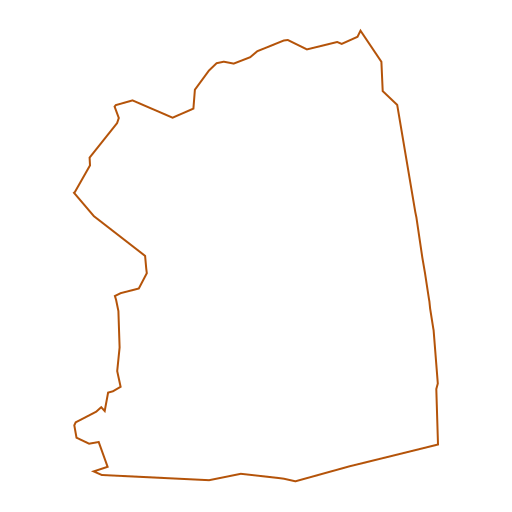 Nassau, New York, United States of America
{"feature_id": "52423323B42354579566723", "entity_name": "Nassau", "entity_type": "district", "adm_level": 2, "iso_a3": "USA", "parent_name": "United States of America", "parent_adm1": "New York", "projection": "natural_earth1", "projection_center": [-73.625, 40.752], "detail": "fine", "context": "isolated", "style": "outline", "palette": "amber", "viewbox_px": 512, "rotation_deg": 0, "n_neighbors": 0, "source": "geoboundaries", "source_scale": "gbopen_adm2", "svg_char_len": 998}
<svg xmlns="http://www.w3.org/2000/svg" viewBox="0 0 512 512"><path d="M93.7,471.4L101.8,475.0L209.1,480.2L240.8,473.8L279.2,478.1L283.8,478.7L295.4,481.3L349.9,466.2L373.6,460.4L438.0,444.5L436.3,389.0L437.8,383.5L433.6,330.2L433.3,328.6L430.1,308.4L429.4,301.5L429.0,299.2L428.2,294.1L425.0,273.1L422.3,257.4L416.4,217.4L415.3,212.1L397.2,104.9L382.7,91.1L381.4,61.8L360.5,30.7L357.5,36.8L341.7,43.9L337.2,42.0L306.9,49.4L287.8,40.0L283.8,40.5L257.3,51.2L250.2,57.2L233.7,63.6L223.8,61.7L216.6,63.2L208.9,70.6L194.9,89.7L193.4,108.6L177.8,115.4L172.6,117.7L132.5,100.4L115.8,105.1L114.6,106.6L118.8,118.0L117.1,123.1L89.6,157.6L90.0,165.4L74.9,192.0L74.0,192.8L93.9,216.2L145.1,255.9L146.2,268.2L146.8,273.2L138.8,288.5L120.8,293.1L114.9,296.0L116.1,299.9L118.4,311.1L119.6,347.5L117.2,371.1L120.6,386.8L112.9,391.3L108.1,392.6L104.7,411.0L101.2,407.2L96.2,411.7L75.7,422.3L74.3,425.3L76.5,437.7L89.1,443.7L98.7,442.0L107.6,466.8L93.7,471.4Z" fill="none" stroke="#b45309" stroke-width="2"/></svg>